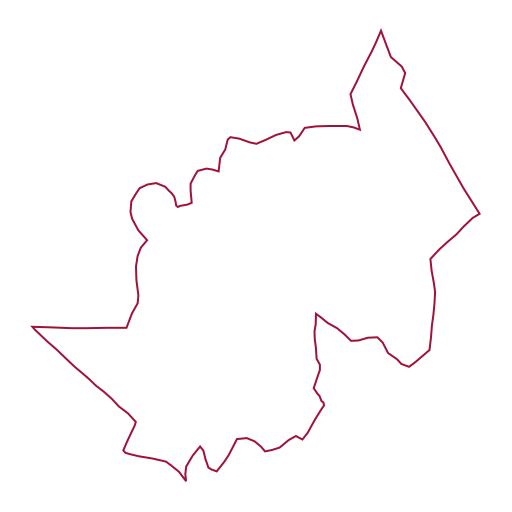 the district of Al-Shatra, Dhi-Qar, Iraq
{"feature_id": "34846034B98077762120905", "entity_name": "Al-Shatra", "entity_type": "district", "adm_level": 2, "iso_a3": "IRQ", "parent_name": "Iraq", "parent_adm1": "Dhi-Qar", "projection": "robinson", "projection_center": [46.274, 31.405], "detail": "fine", "context": "isolated", "style": "outline", "palette": "rose", "viewbox_px": 512, "rotation_deg": 0, "n_neighbors": 0, "source": "geoboundaries", "source_scale": "gbopen_adm2", "svg_char_len": 2309}
<svg xmlns="http://www.w3.org/2000/svg" viewBox="0 0 512 512"><path d="M381.0,30.7L376.1,42.2L371.7,51.5L363.9,66.5L356.4,82.4L350.5,94.1L352.8,104.4L357.2,118.0L359.9,129.7L353.6,127.4L346.9,126.0L337.8,126.0L328.8,126.0L315.7,126.4L304.7,127.9L299.1,136.3L294.4,140.5L290.5,132.5L286.1,132.1L276.2,134.9L267.3,139.1L266.4,139.6L258.7,142.8L256.5,143.8L249.8,142.4L239.1,138.6L230.4,137.2L227.7,139.6L225.3,149.4L220.2,157.8L218.6,171.4L212.3,169.5L206.4,168.6L197.7,170.9L195.3,174.7L190.6,183.6L190.6,190.6L191.7,202.8L187.4,204.6L180.0,205.9L179.2,206.3L177.9,207.0L176.2,205.6L175.6,201.9L174.3,196.9L172.0,193.6L168.8,190.6L165.3,186.8L156.2,183.1L147.5,184.5L139.6,188.2L136.1,193.4L131.3,201.4L130.5,212.1L132.1,218.7L135.9,225.8L138.4,230.4L147.1,240.2L140.8,247.7L137.6,256.1L136.0,266.4L136.4,280.0L138.4,295.5L137.6,303.4L132.0,313.3L126.5,327.8L122.9,327.8L107.1,327.8L86.2,328.2L72.0,328.2L49.4,327.3L32.4,326.8L34.8,329.6L40.3,334.8L47.1,341.3L56.9,349.8L65.6,358.2L74.7,366.8L81.0,372.1L88.7,378.7L96.1,385.8L103.8,391.7L112.1,399.1L118.9,406.5L127.8,413.2L135.8,421.9L134.6,425.8L130.7,433.9L126.9,442.0L123.3,450.4L125.4,452.8L130.1,454.2L139.0,456.3L152.4,458.5L166.0,461.6L171.6,465.8L179.0,471.8L186.2,481.3L186.1,481.0L185.3,474.3L186.2,466.5L192.7,455.6L200.1,446.5L203.4,450.7L205.4,458.8L208.4,467.6L211.1,469.3L216.7,471.4L224.1,462.0L228.6,455.3L233.3,446.2L236.9,439.1L246.7,438.1L254.4,441.2L260.9,446.5L265.0,451.4L271.9,450.0L279.6,447.6L288.5,440.2L295.9,436.0L302.4,439.5L307.7,432.8L311.9,425.1L315.7,418.4L320.2,411.1L324.0,405.4L323.5,402.6L321.4,400.9L319.4,395.7L317.7,394.1L313.7,388.2L317.2,377.7L319.9,370.0L319.9,364.7L316.6,358.7L316.0,348.9L315.5,344.5L314.8,339.8L314.5,331.3L315.7,324.3L316.0,313.8L320.8,317.3L327.6,322.9L337.1,328.2L345.1,334.9L351.0,340.8L358.4,340.5L367.9,337.7L377.4,337.3L382.7,342.6L388.1,353.1L396.9,359.1L401.4,364.0L409.1,366.8L415.6,361.9L421.8,356.6L429.5,350.0L431.0,337.3L431.9,325.7L433.4,314.8L434.5,302.9L435.1,292.0L433.9,283.2L431.6,270.6L430.4,259.0L439.5,249.2L447.2,242.2L456.4,234.4L463.5,226.7L472.7,217.9L479.6,213.8L463.7,188.6L449.3,163.3L440.9,147.5L436.4,139.9L434.9,137.4L425.0,121.7L409.2,99.4L400.8,88.2L405.2,73.0L401.7,66.5L390.9,57.1L385.4,42.5L381.0,30.7Z" fill="none" stroke="#9f1239" stroke-width="2"/></svg>